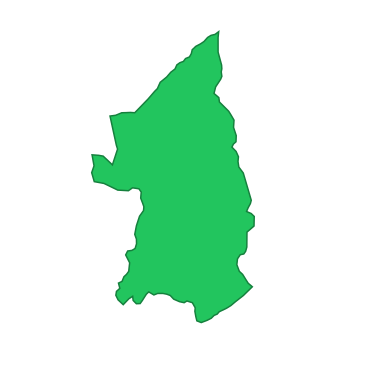 the district of Mãe d'Água, Paraíba, Brazil, rotated 138°
{"feature_id": "56859067B3615526568508", "entity_name": "Mãe d'Água", "entity_type": "district", "adm_level": 2, "iso_a3": "BRA", "parent_name": "Brazil", "parent_adm1": "Paraíba", "projection": "equal_earth", "projection_center": [-37.435, -7.243], "detail": "fine", "context": "isolated", "style": "filled", "palette": "green", "viewbox_px": 384, "rotation_deg": 138, "n_neighbors": 0, "source": "geoboundaries", "source_scale": "gbopen_adm2", "svg_char_len": 1913}
<svg xmlns="http://www.w3.org/2000/svg" viewBox="0 0 384 384"><g transform="rotate(138 192 192)"><path d="M64.9,293.3L69.4,293.7L73.1,295.7L77.0,296.4L82.4,295.8L86.6,296.4L91.7,297.7L96.6,297.6L99.9,295.3L103.5,294.1L107.5,295.5L111.0,294.8L114.5,296.2L118.2,296.6L122.3,294.8L127.6,295.2L133.9,294.4L138.4,294.6L142.2,294.8L145.2,293.5L148.5,292.0L152.3,291.8L162.4,290.5L181.5,289.2L184.6,292.4L187.9,295.1L191.2,297.9L197.4,300.1L202.1,303.3L216.9,277.4L218.6,273.7L233.0,265.4L234.0,278.1L236.8,281.7L241.4,286.5L247.3,277.0L253.6,273.5L257.7,265.1L251.7,257.3L249.1,251.0L245.9,243.1L238.4,235.5L233.4,234.9L229.3,229.9L229.8,225.9L234.2,221.8L236.1,216.9L237.6,213.3L240.5,210.6L247.2,209.1L255.9,204.1L262.9,198.8L264.8,194.2L267.9,190.6L272.1,188.1L275.7,188.8L279.3,191.2L283.4,189.6L285.7,181.1L292.1,175.4L295.8,174.6L299.2,174.6L303.8,172.4L307.6,173.5L310.1,168.7L314.6,168.7L317.7,166.2L319.1,161.3L318.5,154.3L310.4,154.9L305.9,154.2L308.3,150.8L308.1,146.2L305.2,143.8L301.5,144.6L297.6,145.7L294.3,146.6L291.0,146.7L289.2,141.0L285.4,139.6L281.5,136.1L279.1,132.9L277.4,129.6L277.3,124.6L274.7,118.9L271.9,115.0L268.7,114.4L265.8,109.5L267.1,103.8L269.7,101.4L272.5,96.9L274.6,93.0L272.5,88.8L266.6,86.5L262.2,85.3L258.1,85.5L255.0,84.4L251.9,84.8L244.1,82.5L239.1,81.6L233.1,81.4L223.1,80.7L210.6,81.2L211.3,86.6L210.6,90.8L209.5,96.9L209.9,101.4L207.3,108.0L202.9,111.9L198.1,113.1L195.0,111.3L191.9,112.0L188.1,114.4L183.8,119.1L178.0,125.4L168.7,125.2L162.1,132.2L162.4,136.4L164.5,141.0L160.9,142.7L156.4,144.3L153.5,146.2L141.2,171.8L140.5,179.2L137.4,183.9L133.9,187.1L132.1,192.7L132.3,198.6L129.2,199.9L125.7,199.9L121.4,204.3L117.9,212.2L112.7,217.3L111.5,223.0L110.7,227.4L111.4,240.5L108.9,244.2L109.7,250.5L104.1,254.3L95.3,256.6L92.4,258.0L89.9,261.7L87.4,263.6L85.1,266.5L79.0,278.5L74.5,283.5L69.2,289.4L64.9,293.3Z" fill="#22c55e" stroke="#15803d" stroke-width="1.5"/></g></svg>